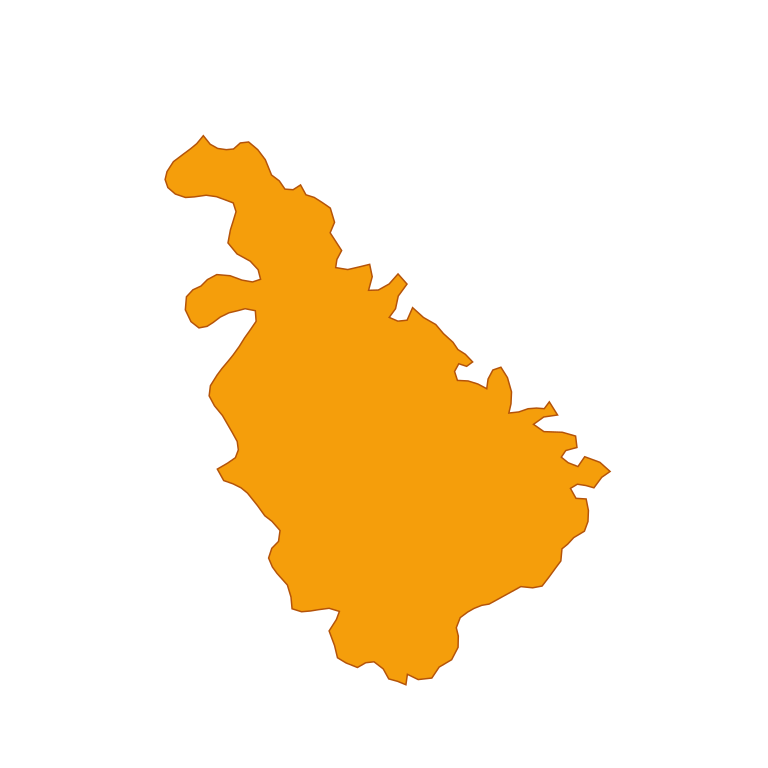 Protásio Alves, Rio Grande do Sul, Brazil (orthographic projection), rotated 161°
{"feature_id": "56859067B21055614470548", "entity_name": "Protásio Alves", "entity_type": "district", "adm_level": 2, "iso_a3": "BRA", "parent_name": "Brazil", "parent_adm1": "Rio Grande do Sul", "projection": "orthographic", "projection_center": [-51.489, -28.753], "detail": "fine", "context": "isolated", "style": "filled", "palette": "amber", "viewbox_px": 768, "rotation_deg": 161, "n_neighbors": 0, "source": "geoboundaries", "source_scale": "gbopen_adm2", "svg_char_len": 2578}
<svg xmlns="http://www.w3.org/2000/svg" viewBox="0 0 768 768"><g transform="rotate(161 384 384)"><path d="M230.3,209.5L239.7,213.4L241.7,224.6L233.8,226.3L226.2,222.3L219.3,217.5L208.5,224.9L198.7,227.7L205.4,239.7L217.9,249.9L227.5,242.8L235.5,249.6L240.2,257.1L233.8,261.9L222.2,261.2L219.8,272.4L231.1,280.3L248.3,286.9L255.8,297.2L243.7,300.8L230.0,298.2L233.5,313.3L240.5,308.5L247.7,311.6L255.8,313.7L265.7,313.7L275.4,315.9L270.4,323.9L266.0,335.0L265.2,349.8L268.0,361.8L276.5,361.8L284.0,354.8L288.4,346.1L295.2,353.4L303.5,359.5L313.4,363.5L313.2,372.9L306.7,378.8L300.1,373.8L293.0,376.0L297.4,385.6L302.9,392.5L305.2,401.0L311.4,412.3L315.7,423.4L325.0,434.0L332.1,446.9L341.4,436.8L350.4,438.9L357.4,445.3L348.6,451.4L341.9,462.5L329.7,471.0L334.9,483.5L346.6,476.9L358.8,474.7L368.1,477.6L360.2,489.3L358.6,501.8L368.5,502.7L381.0,504.0L391.8,509.8L388.0,517.1L380.6,524.0L385.7,544.5L378.1,553.0L377.5,567.8L383.0,575.3L389.2,583.1L396.2,588.3L398.1,599.4L406.7,597.3L414.2,600.5L416.9,610.2L422.3,618.2L423.2,634.7L427.1,646.7L433.2,656.9L441.4,658.7L449.8,655.2L456.8,656.9L464.6,660.9L470.3,667.3L474.0,677.6L482.8,672.2L490.3,669.4L498.5,666.8L510.7,662.8L520.0,655.5L524.4,648.6L524.4,640.1L519.5,631.6L511.0,625.0L502.5,622.7L490.7,620.4L481.3,615.6L467.6,604.3L467.8,595.1L473.6,587.1L479.0,579.8L485.6,568.2L480.6,554.8L470.5,543.7L465.8,533.1L466.6,523.2L475.1,523.3L484.5,528.5L494.3,536.5L506.5,541.9L517.0,540.2L525.2,536.2L534.0,535.3L542.4,530.8L547.7,518.8L546.2,505.8L540.7,497.3L532.5,496.1L525.5,497.8L517.0,500.6L507.5,501.8L498.2,500.9L490.8,500.4L481.8,495.2L484.5,484.9L493.5,478.2L500.8,473.0L508.8,466.5L517.3,460.5L524.0,456.3L532.2,451.4L538.8,446.9L548.7,438.9L553.2,429.7L551.4,418.6L547.0,406.8L543.2,387.3L541.5,377.4L543.2,369.1L548.5,362.7L557.7,360.1L569.3,357.8L567.0,344.9L559.2,338.7L553.0,332.4L548.6,325.3L543.2,310.2L539.6,298.2L534.6,290.6L530.0,279.3L535.0,269.5L543.6,265.2L549.8,257.0L549.1,247.3L546.8,239.7L540.8,225.4L541.3,212.9L544.1,201.4L536.1,195.5L527.3,193.3L519.7,192.0L508.9,189.8L500.2,183.5L505.7,176.8L516.3,168.4L515.9,152.8L517.1,140.3L510.7,132.6L501.4,124.6L492.0,126.4L483.9,124.6L477.5,114.9L475.5,103.6L467.9,98.4L461.2,92.5L456.4,101.9L447.9,93.4L434.5,90.4L424.0,98.4L409.8,101.3L399.7,110.9L395.8,121.5L395.0,130.0L388.0,138.3L379.3,141.1L372.0,142.5L363.6,142.9L356.3,141.7L320.6,147.9L309.8,142.9L300.3,141.5L290.6,147.9L281.6,154.2L274.4,159.1L269.4,170.2L262.4,172.8L254.6,177.0L242.4,179.6L235.9,187.6L231.9,197.8L230.3,209.5Z" fill="#f59e0b" stroke="#b45309" stroke-width="1.5"/></g></svg>